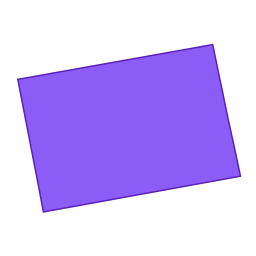 Barton, Missouri, United States of America (Albers equal-area conic projection), rotated 168°
{"feature_id": "52423323B74100331432363", "entity_name": "Barton", "entity_type": "district", "adm_level": 2, "iso_a3": "USA", "parent_name": "United States of America", "parent_adm1": "Missouri", "projection": "albers", "projection_center": [-94.543, 37.501], "detail": "fine", "context": "isolated", "style": "filled", "palette": "violet", "viewbox_px": 256, "rotation_deg": 168, "n_neighbors": 0, "source": "geoboundaries", "source_scale": "gbopen_adm2", "svg_char_len": 474}
<svg xmlns="http://www.w3.org/2000/svg" viewBox="0 0 256 256"><g transform="rotate(168 128 128)"><path d="M227.6,90.5L228.2,63.5L28.0,57.5L28.0,65.1L28.0,77.5L28.0,78.0L28.0,95.5L28.1,97.7L28.1,102.2L28.1,104.0L28.2,115.9L28.2,118.9L28.1,136.4L28.0,143.0L28.0,145.0L28.0,147.2L28.0,147.3L28.0,149.9L28.0,156.8L28.0,163.5L27.9,170.3L27.9,177.0L27.8,190.4L27.8,190.5L27.9,191.9L27.9,192.0L225.7,198.5L227.6,90.5Z" fill="#8b5cf6" stroke="#5b21b6" stroke-width="1.5"/></g></svg>